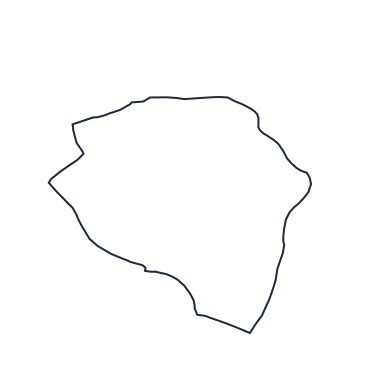 Saniuta, Tuvalu (Robinson projection), rotated 220°
{"feature_id": "33948139B55314492398689", "entity_name": "Saniuta", "entity_type": "district", "adm_level": 2, "iso_a3": "TUV", "parent_name": "Tuvalu", "parent_adm1": "", "projection": "robinson", "projection_center": [178.686, -7.494], "detail": "fine", "context": "isolated", "style": "outline", "palette": "slate", "viewbox_px": 384, "rotation_deg": 220, "n_neighbors": 0, "source": "geoboundaries", "source_scale": "gbopen_adm2", "svg_char_len": 1546}
<svg xmlns="http://www.w3.org/2000/svg" viewBox="0 0 384 384"><g transform="rotate(220 192 192)"><path d="M57.0,121.2L58.4,132.3L59.1,142.6L63.9,159.8L68.4,171.5L71.4,178.5L77.1,187.8L83.3,203.8L87.2,210.6L90.1,212.7L93.8,217.1L97.7,222.9L102.3,231.1L104.2,239.0L104.0,245.6L102.8,252.4L102.5,259.8L102.8,266.9L105.9,274.6L111.2,278.7L116.4,280.5L122.0,278.4L127.3,277.6L134.1,277.8L141.1,278.9L144.9,280.6L149.7,282.5L157.2,284.4L162.7,284.4L170.0,283.6L174.8,282.8L179.8,283.0L183.0,284.4L185.6,287.7L188.5,291.2L191.9,293.4L195.5,294.0L200.1,293.7L209.0,291.8L218.6,288.8L225.4,287.4L230.9,283.3L235.7,279.2L243.2,272.1L257.4,258.4L264.4,254.0L272.6,248.0L274.7,246.2L278.3,243.1L284.8,237.6L287.5,230.0L295.8,221.8L295.9,219.2L297.7,214.5L299.9,208.6L302.1,205.0L303.9,202.0L305.7,199.4L308.0,194.8L310.6,191.2L312.8,188.2L315.7,185.5L327.0,167.1L324.8,165.2L323.0,163.2L320.4,161.4L317.5,159.2L315.9,158.3L314.0,156.7L311.2,155.2L307.5,154.3L304.2,153.3L301.6,152.6L299.7,151.6L300.4,143.0L302.5,135.7L306.1,122.6L308.3,111.3L307.7,107.0L295.7,105.2L287.0,104.4L279.4,103.6L273.0,103.1L266.2,100.4L260.4,97.5L253.7,94.7L240.2,90.2L229.3,90.0L214.1,92.6L201.8,96.5L198.6,97.7L193.8,99.0L188.7,101.4L182.7,104.2L178.8,104.0L177.3,101.4L173.4,103.7L170.9,105.6L168.8,107.5L163.5,110.1L159.0,112.6L152.3,114.6L146.5,115.6L142.0,115.4L137.7,115.3L134.2,114.4L128.3,113.0L124.1,111.3L121.1,110.0L117.8,107.4L114.8,104.4L109.0,101.3L102.0,105.8L97.8,107.1L81.2,113.4L70.5,117.0L57.0,121.2Z" fill="none" stroke="#1e293b" stroke-width="2"/></g></svg>